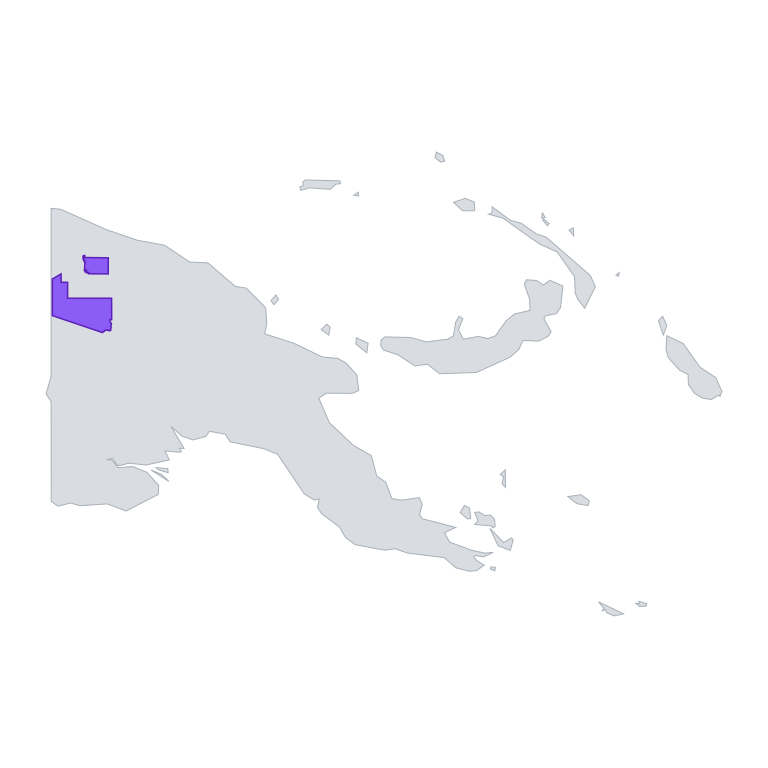 location of Telefomin District, Sandaun, Papua New Guinea
{"feature_id": "67681753B11623984799605", "entity_name": "Telefomin District", "entity_type": "district", "adm_level": 2, "iso_a3": "PNG", "parent_name": "Papua New Guinea", "parent_adm1": "Sandaun", "projection": "mercator", "projection_center": [141.969, -4.517], "detail": "fine", "context": "in_parent", "style": "filled", "palette": "violet", "viewbox_px": 768, "rotation_deg": 0, "n_neighbors": 0, "source": "geoboundaries", "source_scale": "gbopen_adm2", "svg_char_len": 6533}
<svg xmlns="http://www.w3.org/2000/svg" viewBox="0 0 768 768"><path d="M51.2,501.5L51.1,401.5L46.1,394.0L51.1,376.2L51.1,208.4L60.6,209.2L106.5,229.7L137.5,240.3L164.6,245.2L189.5,262.0L207.9,262.9L235.3,286.4L246.3,288.1L265.7,307.7L266.8,323.7L264.7,333.8L294.2,343.4L322.4,357.0L337.7,358.4L346.2,363.2L356.8,374.9L358.7,390.5L352.6,393.3L326.2,393.2L318.8,398.2L329.4,422.8L353.3,445.3L371.3,455.6L376.7,476.0L385.8,482.3L391.8,498.5L401.1,500.2L419.3,497.6L422.2,504.3L419.5,514.6L422.2,518.7L455.7,527.4L444.5,532.7L449.6,542.1L471.5,550.2L485.1,553.2L493.2,552.3L483.7,556.9L475.2,555.5L473.6,557.0L477.1,560.9L484.2,565.1L476.8,570.5L469.5,571.3L455.9,567.8L444.2,557.6L407.6,553.1L394.9,548.7L384.9,550.2L355.3,544.7L345.6,537.6L339.2,526.8L321.6,513.7L317.5,507.4L319.3,498.9L314.4,500.1L304.3,493.9L277.6,454.3L264.0,448.7L230.2,441.9L225.3,434.2L209.4,431.3L205.9,436.4L193.0,439.9L182.0,436.1L171.1,426.5L184.0,448.4L179.4,448.3L181.5,451.7L179.1,452.2L165.0,450.9L169.3,459.9L146.0,465.0L128.7,463.2L120.5,465.4L117.1,465.2L112.6,458.5L106.3,459.7L111.6,459.8L118.3,467.6L132.7,466.5L146.8,472.3L158.7,485.4L158.2,494.4L126.0,511.0L107.3,503.9L80.1,505.7L70.4,503.0L58.2,506.2L51.2,501.5ZM536.6,280.5L543.3,285.0L550.0,280.3L562.9,286.1L560.5,307.7L556.3,313.6L545.3,315.9L544.0,319.0L551.1,331.7L548.2,336.3L538.7,341.1L523.0,340.5L518.9,349.3L510.2,357.1L476.4,372.5L439.6,373.7L427.5,364.2L414.9,365.9L397.8,354.7L383.6,350.1L380.7,345.8L381.1,340.2L385.0,336.9L410.4,337.5L426.5,341.9L447.6,339.2L453.5,335.8L455.7,322.0L459.2,316.2L462.8,318.9L458.4,329.6L463.4,339.2L478.4,336.4L488.1,338.6L495.5,335.8L506.1,320.8L514.6,313.9L530.0,310.4L529.7,299.4L524.3,284.2L526.5,279.8L536.6,280.5ZM721.9,391.6L720.0,396.6L719.0,395.0L711.3,399.5L702.4,398.1L694.4,393.2L688.4,384.4L688.1,374.5L679.5,370.1L668.3,357.6L666.0,349.3L666.9,335.7L683.2,343.6L700.0,367.2L715.9,377.8L721.9,391.6ZM595.4,286.6L584.7,308.2L577.9,299.3L575.2,293.1L574.6,276.7L557.2,252.0L539.3,243.9L503.0,218.2L488.6,214.2L492.2,213.0L492.1,206.8L510.1,220.1L521.2,223.3L536.1,233.7L546.2,237.2L590.3,275.5L595.4,286.6ZM305.5,179.9L339.9,180.9L340.5,183.7L335.9,184.1L330.1,189.3L309.6,187.8L300.6,190.4L299.9,186.8L303.3,185.7L302.8,181.9L305.5,179.9ZM478.8,511.9L485.1,515.6L490.5,515.1L494.5,519.4L495.2,526.4L493.0,528.0L491.5,525.9L474.7,524.5L478.0,520.5L474.8,512.5L478.8,511.9ZM474.7,210.8L462.6,210.7L453.5,202.3L465.4,198.3L474.4,202.2L474.7,210.8ZM503.6,542.5L511.4,538.0L513.2,539.6L510.3,550.4L498.1,545.8L489.9,528.3L503.6,542.5ZM567.8,496.6L581.0,494.7L587.4,499.3L589.3,501.0L588.0,505.6L577.0,503.7L567.8,496.6ZM598.6,601.9L623.5,613.8L614.3,615.9L606.5,612.6L605.5,609.7L602.3,610.7L603.9,608.6L598.6,601.9ZM366.8,352.8L355.8,343.9L356.5,337.8L368.1,343.2L366.8,352.8ZM470.7,518.6L467.4,518.8L460.1,512.6L464.5,505.5L469.5,508.1L470.7,518.6ZM663.3,335.1L658.5,320.7L662.6,316.3L666.8,325.5L663.3,335.1ZM328.8,335.1L321.1,329.5L326.7,324.3L330.1,327.0L328.8,335.1ZM444.7,161.1L440.5,162.1L434.9,157.4L436.4,152.1L442.9,155.6L444.7,161.1ZM278.5,299.5L274.0,304.7L270.9,300.7L275.9,295.0L278.5,299.5ZM505.2,469.8L505.5,487.3L502.0,483.8L503.7,476.6L500.2,474.6L505.2,469.8ZM161.6,474.4L169.0,481.5L151.0,470.0L161.6,474.4ZM168.1,472.7L158.2,469.7L156.2,467.5L167.8,468.6L168.1,472.7ZM646.8,603.6L646.2,606.1L639.7,606.5L635.3,603.0L639.5,603.8L638.8,601.3L646.8,603.6ZM573.3,227.8L573.7,235.8L569.1,230.2L573.3,227.8ZM549.2,223.6L547.3,225.7L542.7,220.1L543.6,219.0L549.2,223.6ZM495.4,567.3L494.8,570.8L490.4,569.0L491.0,566.8L495.4,567.3ZM545.2,217.4L541.7,218.3L542.3,212.9L545.2,217.4ZM358.3,192.2L358.7,196.1L353.8,195.2L358.3,192.2ZM619.2,272.6L618.6,276.3L616.0,275.1L619.2,272.6Z" fill="#d9dde1" stroke="#a8b0b8" stroke-width="1"/><path d="M67.6,282.3L61.1,282.3L61.1,273.9L52.3,279.0L52.3,315.6L102.5,332.6L102.7,332.4L102.8,332.3L102.9,332.2L103.0,332.1L103.2,331.9L103.3,331.9L103.6,331.8L103.8,331.7L104.0,331.5L104.1,331.4L104.3,331.2L104.5,331.2L104.6,330.8L104.7,330.7L105.0,330.3L105.2,330.2L105.4,330.1L105.6,330.1L105.8,330.1L106.0,330.1L106.3,330.2L106.4,330.3L106.5,330.3L106.9,330.4L107.0,330.4L107.2,330.2L107.3,330.2L107.7,330.1L107.9,330.1L108.2,330.3L108.3,330.3L108.4,330.5L108.5,330.5L108.8,330.6L109.0,330.6L109.3,330.7L109.5,330.7L109.8,330.7L110.0,330.7L110.3,330.6L110.5,330.5L110.6,330.4L110.8,330.2L110.8,329.9L110.7,329.8L110.7,329.7L110.6,329.3L110.6,329.2L110.7,328.9L110.7,328.7L110.8,328.6L110.8,328.4L110.9,328.2L111.0,328.0L111.1,327.9L111.1,327.7L110.9,327.3L110.8,327.2L110.8,326.9L111.0,326.6L111.0,326.4L111.0,326.2L111.0,325.9L111.0,325.6L111.0,325.4L111.2,325.2L111.3,325.1L111.3,324.7L111.4,324.4L111.4,324.1L111.4,323.9L111.2,323.7L111.3,323.4L111.2,323.3L111.2,323.2L111.0,322.9L110.9,322.8L110.7,322.7L110.5,322.4L110.5,322.2L110.4,322.1L110.2,321.9L110.2,321.7L110.0,321.4L109.9,321.2L109.8,320.8L109.8,320.7L109.9,320.4L109.9,320.2L110.0,319.8L110.0,319.7L110.4,319.6L110.6,319.5L110.8,319.5L111.1,319.5L111.3,319.5L111.5,319.7L111.5,319.8L111.7,320.3L111.6,298.2L95.9,298.2L67.6,298.2L67.6,282.3ZM84.5,255.5L83.3,255.7L83.2,256.2L83.2,256.3L83.3,256.4L83.2,256.5L83.3,256.6L83.3,256.8L83.3,257.0L83.2,257.1L83.1,257.3L83.0,257.2L82.9,257.2L82.9,257.3L83.0,257.5L83.1,257.8L83.3,257.9L83.3,258.0L83.3,258.3L83.3,258.5L83.3,258.8L83.2,258.9L83.1,259.0L83.3,259.3L83.4,259.5L83.5,259.6L83.6,259.8L83.7,260.0L83.8,260.1L83.9,260.4L84.0,260.3L84.0,260.5L83.9,260.4L83.8,260.5L84.0,260.6L84.0,260.8L83.9,260.9L84.0,261.0L84.3,261.1L84.4,261.3L84.5,261.4L84.7,261.5L84.8,261.4L84.9,261.5L84.8,261.9L84.7,262.0L84.8,262.1L84.7,262.1L84.7,262.3L84.7,262.5L84.8,262.7L84.9,262.8L84.5,269.4L84.3,270.4L84.3,270.5L84.5,270.5L84.8,270.6L85.0,270.9L85.0,271.0L85.2,270.9L85.4,270.7L85.5,270.7L85.7,270.4L85.8,270.1L86.0,269.9L86.3,269.9L86.5,270.1L86.6,270.3L86.5,270.5L86.4,270.6L86.1,271.0L85.9,271.1L85.7,271.2L85.4,271.4L85.2,271.5L85.2,271.8L85.3,272.0L85.6,272.1L85.8,272.0L86.1,272.0L86.3,272.2L86.3,272.3L86.3,272.5L86.5,272.4L86.5,272.2L86.5,271.9L87.1,271.9L87.3,272.0L87.6,272.2L87.6,272.3L87.7,272.6L87.8,272.7L87.8,272.8L88.0,272.9L88.4,272.6L88.5,272.5L88.8,272.5L89.0,272.8L88.9,273.0L88.6,273.1L88.4,273.2L88.0,273.2L87.9,273.2L87.9,273.3L88.0,273.4L88.1,273.5L88.3,273.6L88.5,273.8L108.2,273.9L108.3,258.4L108.3,258.0L108.3,257.8L84.8,257.5L84.8,257.3L84.8,257.2L84.7,257.1L84.7,256.9L84.7,256.7L84.8,256.5L84.8,256.4L84.7,256.2L84.8,256.2L84.9,256.3L84.8,256.1L84.8,255.9L84.8,255.5L84.7,255.4L84.6,255.5L84.5,255.5Z" fill="#8b5cf6" stroke="#5b21b6" stroke-width="1.5"/></svg>